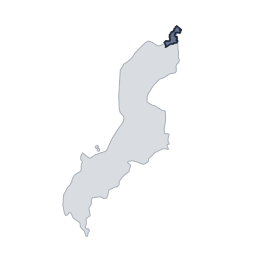 Nsanje, Nsanje, Malawi (highlighted), rotated 220°
{"feature_id": "42251766B55445306782248", "entity_name": "Nsanje", "entity_type": "district", "adm_level": 2, "iso_a3": "MWI", "parent_name": "Malawi", "parent_adm1": "Nsanje", "projection": "orthographic", "projection_center": [35.103, -16.718], "detail": "fine", "context": "in_parent", "style": "filled", "palette": "slate", "viewbox_px": 256, "rotation_deg": 220, "n_neighbors": 0, "source": "geoboundaries", "source_scale": "gbopen_adm2", "svg_char_len": 6439}
<svg xmlns="http://www.w3.org/2000/svg" viewBox="0 0 256 256"><g transform="rotate(220 128 128)"><path d="M98.3,149.2L96.8,147.2L95.6,147.7L93.9,149.1L93.0,149.5L92.5,149.5L92.2,149.1L91.8,148.2L90.5,145.6L89.0,143.7L87.4,143.0L86.2,142.2L86.7,141.3L87.3,140.7L87.0,140.1L86.3,139.2L83.5,137.9L83.5,137.3L85.9,136.2L87.4,134.8L88.5,133.5L89.8,130.6L90.8,127.8L91.6,126.9L91.9,125.0L91.7,122.9L92.2,120.2L92.4,117.6L91.6,116.6L90.9,114.9L91.7,112.0L93.0,109.9L99.1,107.8L103.4,105.9L104.3,105.0L105.7,103.4L106.5,101.8L106.0,101.3L102.6,101.3L101.8,100.7L99.3,95.2L100.6,88.8L100.7,86.3L100.6,83.2L100.2,80.9L99.1,80.0L98.4,78.8L98.6,75.5L99.6,75.1L101.7,70.7L102.7,68.1L101.5,66.0L100.2,63.1L99.6,61.2L99.3,60.6L100.2,59.4L101.6,58.3L103.3,58.0L105.0,57.4L110.4,51.9L110.4,50.9L109.4,49.1L107.4,46.3L106.9,45.2L106.7,41.9L105.9,40.9L102.9,38.7L100.6,36.4L101.3,34.0L101.6,31.4L100.5,30.0L98.8,28.5L97.7,26.4L97.3,24.8L95.9,24.2L94.7,24.1L93.8,25.2L92.8,25.1L91.7,24.7L91.3,23.4L91.2,21.8L90.4,20.8L89.6,19.4L89.5,18.7L90.0,18.5L91.0,18.3L95.4,21.1L98.1,21.2L101.0,21.7L103.6,24.2L104.9,24.5L106.6,24.2L111.3,23.9L113.3,24.2L115.7,25.7L116.7,25.9L118.3,25.9L118.5,25.5L118.7,24.6L118.4,22.9L118.8,21.9L119.7,20.9L122.3,22.1L128.8,27.5L129.0,28.2L133.2,33.7L134.6,36.0L134.6,37.2L135.8,41.9L136.1,44.2L135.9,45.8L135.9,47.2L136.4,49.1L136.2,50.0L137.7,52.8L138.4,55.2L138.6,57.5L138.2,59.8L136.9,63.1L136.7,64.5L137.0,65.7L137.8,67.0L139.2,68.4L140.3,70.2L141.0,72.2L141.6,73.1L142.4,73.1L143.7,73.4L144.9,74.5L146.2,76.5L146.6,78.8L146.8,79.8L143.1,79.7L138.4,80.1L137.3,81.0L136.9,83.0L135.5,87.1L134.7,88.6L133.0,91.3L130.5,95.2L130.0,96.5L130.1,97.8L131.6,103.0L133.1,108.5L133.6,110.7L134.6,118.1L135.2,123.3L135.3,126.3L135.8,130.4L137.2,132.6L138.6,134.0L143.8,134.8L145.4,135.8L148.3,138.4L154.8,145.6L158.3,150.2L161.4,154.3L167.0,161.8L171.3,167.7L171.8,173.2L172.5,174.0L171.0,178.0L170.1,184.6L170.7,189.0L170.4,196.4L169.6,204.3L168.6,207.2L167.4,208.2L164.4,209.1L157.8,210.1L156.8,211.0L155.9,212.5L154.6,216.2L153.0,219.9L152.5,221.4L152.8,221.8L154.2,223.7L155.6,228.5L155.9,236.7L155.4,237.3L153.5,237.7L151.4,237.6L150.5,237.1L149.7,236.2L149.2,234.4L150.5,233.2L151.0,231.1L150.2,229.2L148.4,228.8L146.2,227.1L141.4,221.6L137.4,217.8L135.1,214.6L132.7,213.3L132.0,212.5L131.4,211.2L131.4,209.2L131.6,207.8L130.9,206.2L128.5,203.7L127.4,202.3L127.3,200.7L128.3,199.1L130.4,197.1L131.9,193.2L132.5,190.6L135.3,185.5L135.7,181.0L135.8,177.5L135.6,174.8L134.8,169.4L134.3,165.6L130.7,160.7L129.5,160.2L126.1,160.7L123.2,161.4L121.7,162.4L119.5,162.5L113.8,163.4L112.0,163.8L111.0,164.7L110.4,164.9L106.7,161.1L103.5,157.0L99.4,150.0L98.3,149.2ZM140.1,94.9L139.1,95.1L138.5,94.6L138.7,93.1L139.0,92.0L140.0,91.8L140.6,92.1L141.1,92.6L141.1,93.4L140.8,94.3L140.1,94.9ZM137.9,92.1L137.4,93.7L136.2,93.6L135.2,92.3L135.5,91.3L136.5,90.9L137.5,91.3L137.9,92.1Z" fill="#d9dde1" stroke="#a8b0b8" stroke-width="1"/><path d="M145.5,225.2L145.7,225.3L145.6,225.5L145.6,225.8L145.7,226.0L145.7,226.4L145.8,226.5L146.1,226.7L146.4,226.6L146.5,226.5L146.8,226.6L147.0,226.4L147.1,226.6L147.2,226.8L147.3,226.8L147.5,226.7L147.5,226.8L147.6,227.1L147.7,227.3L147.8,227.3L147.8,227.7L147.7,227.8L147.8,227.9L147.8,228.0L148.0,228.0L148.2,228.3L148.2,228.2L148.3,228.3L148.5,228.3L148.8,228.4L148.9,228.5L148.9,228.8L149.0,228.9L149.1,229.0L149.2,228.9L149.3,229.0L149.5,229.0L149.8,229.0L149.9,228.9L150.0,228.7L150.1,228.8L150.3,228.8L150.4,228.7L150.5,228.8L150.7,228.7L150.9,228.7L151.1,228.7L151.3,228.7L151.6,228.9L151.7,228.7L151.8,228.8L151.8,229.0L152.1,229.1L152.2,229.3L152.3,229.3L152.3,229.5L152.4,229.9L152.2,230.0L152.0,230.3L152.1,230.7L152.2,230.8L152.3,230.8L152.3,231.0L152.4,231.3L152.5,231.4L152.5,231.6L152.6,232.0L152.4,232.2L152.2,232.0L151.9,232.4L151.8,232.6L151.9,232.8L151.7,233.0L151.4,233.2L151.2,233.2L150.8,233.3L150.7,233.4L150.6,233.5L150.2,233.5L149.7,233.7L149.7,233.8L149.6,234.0L149.4,234.2L149.6,234.3L149.7,234.5L149.7,234.8L149.6,235.0L149.5,235.3L149.8,235.4L149.9,235.6L150.0,235.6L150.1,235.8L150.3,235.7L150.2,235.8L150.3,236.1L150.5,236.1L150.7,236.3L150.9,236.4L150.7,236.5L150.4,236.5L150.3,236.8L150.1,236.9L150.1,237.0L150.4,237.2L150.5,237.3L150.4,237.4L150.6,237.6L154.7,237.5L156.1,237.5L156.3,237.5L156.4,237.4L156.3,237.2L156.3,236.9L156.2,236.6L156.4,236.3L156.4,236.2L156.4,235.8L156.5,235.7L156.4,235.6L156.2,235.6L156.2,235.2L155.9,234.8L156.1,234.4L156.0,234.1L156.0,233.9L156.2,233.5L156.3,233.4L156.1,233.2L156.0,232.9L155.9,232.8L155.7,232.9L155.4,232.8L155.3,232.7L155.4,232.4L155.2,232.4L155.2,232.1L155.4,232.1L155.3,231.9L155.4,231.6L155.7,231.2L155.7,230.9L155.4,230.9L155.7,230.7L155.6,230.4L156.0,230.2L156.3,229.8L156.3,229.7L156.3,229.4L156.5,229.2L156.5,228.9L156.3,228.7L156.3,228.4L156.2,228.3L156.0,228.2L155.9,228.0L155.9,227.9L155.8,227.6L156.0,227.4L156.1,227.2L155.8,226.8L155.8,226.7L156.0,226.5L156.0,226.4L155.7,226.4L155.7,226.1L155.8,226.0L155.8,225.9L155.9,225.7L155.6,225.5L155.4,225.3L155.3,225.2L155.2,225.1L155.1,224.8L155.0,224.7L154.7,224.8L154.7,224.7L154.4,224.5L154.3,224.3L154.3,224.2L154.3,223.9L154.2,223.9L154.0,224.0L153.9,224.0L153.6,223.6L153.4,223.5L153.1,223.3L153.0,223.2L152.9,223.1L152.7,223.1L152.7,222.7L152.4,222.7L152.2,222.4L152.2,222.1L152.1,221.9L152.0,221.6L151.9,221.4L152.1,221.2L152.3,221.1L152.7,220.9L152.8,220.8L152.8,220.7L152.8,220.4L153.1,220.2L153.4,220.1L153.6,220.1L153.8,220.0L153.7,219.9L153.7,219.7L153.8,219.7L154.0,219.5L154.4,219.5L154.6,219.4L154.8,219.3L155.0,219.1L155.1,218.8L155.1,218.5L155.2,218.4L155.2,218.1L155.2,217.9L155.1,217.4L155.2,217.0L154.9,217.0L154.8,216.9L154.6,216.8L154.4,216.8L154.2,216.8L154.0,216.7L153.9,216.6L153.9,216.3L153.7,216.2L153.4,216.0L153.1,216.0L152.7,216.0L152.4,216.0L152.3,215.9L152.2,215.6L152.2,215.4L152.1,215.0L151.7,214.9L151.5,214.7L151.3,214.7L151.2,214.6L151.1,214.3L150.8,214.7L150.7,215.0L150.6,215.3L150.4,215.9L150.3,216.4L150.3,216.5L150.1,217.2L149.9,218.0L149.6,218.8L149.5,219.1L149.4,219.6L149.2,219.9L149.0,220.0L148.9,220.1L148.8,220.3L148.7,220.4L148.5,220.5L148.3,220.5L148.3,220.8L148.1,220.9L148.2,221.0L147.8,221.4L147.7,221.4L147.3,221.6L147.3,221.9L147.3,222.0L147.2,222.1L147.3,222.3L147.2,222.5L147.3,222.6L147.4,222.8L147.1,223.1L146.9,223.3L146.5,223.4L146.4,223.5L146.1,223.6L146.0,223.8L145.8,223.9L145.7,224.1L145.6,224.3L145.5,224.5L145.4,224.8L145.5,225.1L145.5,225.2Z" fill="#64748b" stroke="#1e293b" stroke-width="1.5"/></g></svg>